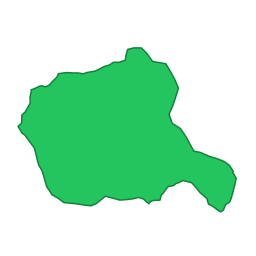 outline of Marathounta, Paphos, Cyprus, rotated 272°
{"feature_id": "46923920B14546708520398", "entity_name": "Marathounta", "entity_type": "district", "adm_level": 2, "iso_a3": "CYP", "parent_name": "Cyprus", "parent_adm1": "Paphos", "projection": "orthographic", "projection_center": [32.495, 34.776], "detail": "fine", "context": "isolated", "style": "filled", "palette": "green", "viewbox_px": 256, "rotation_deg": 272, "n_neighbors": 0, "source": "geoboundaries", "source_scale": "gbopen_adm2", "svg_char_len": 1397}
<svg xmlns="http://www.w3.org/2000/svg" viewBox="0 0 256 256"><g transform="rotate(272 128 128)"><path d="M88.4,234.7L94.4,230.5L97.9,225.2L100.4,218.3L102.4,210.5L106.2,200.9L107.1,194.7L116.5,189.0L120.7,186.7L129.4,180.3L134.1,172.1L143.1,168.5L150.9,171.6L157.1,173.6L169.6,177.0L178.6,172.8L187.1,167.7L193.5,163.6L194.4,157.4L195.3,150.3L202.9,144.5L206.3,141.0L208.5,138.6L208.3,132.6L208.3,131.0L206.5,124.9L200.5,123.4L195.6,122.9L193.4,117.0L193.2,111.3L190.2,106.9L188.7,102.2L185.4,96.4L183.6,92.8L182.1,85.3L180.6,81.3L181.3,76.2L181.1,70.9L181.3,65.1L180.6,60.6L179.8,56.6L176.3,55.1L171.8,50.8L168.5,48.2L166.2,44.4L167.2,40.2L166.7,38.1L163.9,32.8L162.8,29.9L161.6,30.1L155.3,29.0L149.6,29.4L140.6,24.8L137.2,21.5L129.4,21.5L125.7,18.1L119.3,22.2L117.2,25.3L111.8,29.4L104.9,35.0L97.4,37.3L91.6,38.8L87.4,40.3L82.5,43.5L77.1,45.4L66.8,48.7L58.5,54.5L55.9,59.7L51.2,66.6L50.5,78.3L49.4,87.2L49.0,93.9L51.4,99.0L59.0,107.7L57.2,116.1L55.7,122.1L56.1,126.7L57.3,135.0L59.0,141.0L57.5,146.1L55.2,148.5L53.1,151.5L55.5,153.2L56.6,156.5L57.0,162.4L62.6,163.8L63.6,165.2L68.1,168.1L70.9,170.2L72.0,175.5L74.2,178.0L75.4,181.1L77.4,184.6L75.6,193.5L71.3,197.7L65.9,202.3L60.4,209.2L54.6,211.2L53.1,214.8L48.5,221.4L47.5,223.6L49.3,226.2L54.9,228.3L57.6,232.3L61.7,233.7L68.4,235.3L76.8,237.1L81.6,237.9L87.3,234.2L88.4,234.7Z" fill="#22c55e" stroke="#15803d" stroke-width="1.5"/></g></svg>